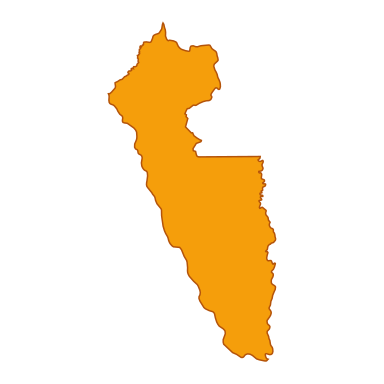 outline of Mutarara, Tete, Mozambique
{"feature_id": "85939544B58328889190937", "entity_name": "Mutarara", "entity_type": "district", "adm_level": 2, "iso_a3": "MOZ", "parent_name": "Mozambique", "parent_adm1": "Tete", "projection": "robinson", "projection_center": [35.123, -17.229], "detail": "fine", "context": "isolated", "style": "filled", "palette": "amber", "viewbox_px": 384, "rotation_deg": 0, "n_neighbors": 0, "source": "geoboundaries", "source_scale": "gbopen_adm2", "svg_char_len": 5982}
<svg xmlns="http://www.w3.org/2000/svg" viewBox="0 0 384 384"><path d="M268.1,359.2L267.2,358.9L266.6,358.5L265.8,357.2L265.3,354.9L265.4,354.1L265.7,353.8L266.6,353.7L269.5,354.6L270.9,354.5L271.9,353.9L272.4,353.3L272.9,351.4L272.7,348.9L272.3,347.5L270.7,345.2L270.4,344.0L269.8,340.4L269.0,338.6L268.6,336.4L267.2,333.2L267.1,331.8L267.3,331.2L269.4,328.9L269.8,327.6L269.9,326.6L269.4,325.6L268.0,324.4L267.3,323.3L267.0,321.1L267.2,320.3L269.7,316.8L270.6,315.2L271.1,313.6L271.2,312.6L271.0,311.6L270.5,310.6L269.3,309.0L269.1,308.5L269.2,307.5L270.4,305.1L270.9,301.3L272.1,298.5L272.7,295.3L274.2,291.6L275.2,289.5L275.5,287.2L275.4,286.6L274.7,285.8L272.4,284.3L271.6,283.4L271.3,282.3L271.3,281.1L271.3,280.1L271.6,279.2L272.9,276.8L273.3,275.0L273.1,273.8L271.5,272.2L271.6,271.3L271.9,270.8L273.4,269.3L274.5,266.8L275.3,263.9L275.3,263.4L274.7,263.1L274.1,263.3L273.4,264.1L272.8,264.0L272.3,263.2L271.5,261.2L271.0,260.6L270.1,260.5L268.5,260.8L268.0,260.7L267.2,260.0L266.8,259.1L266.7,257.7L267.2,255.1L267.9,252.8L267.9,252.4L267.3,251.7L266.0,251.7L265.7,251.2L267.2,249.6L267.4,249.1L267.8,246.6L268.3,245.6L269.5,244.4L270.5,244.1L271.2,243.2L273.2,242.6L273.7,242.3L274.5,241.2L275.0,240.8L275.5,239.9L275.6,238.7L275.0,236.5L274.9,235.1L274.4,233.2L273.4,231.9L273.3,229.6L272.6,228.6L271.8,228.5L270.8,227.9L270.0,226.9L269.4,225.7L269.3,224.2L270.1,222.2L268.5,220.2L268.0,217.4L265.9,214.7L265.7,213.8L265.7,212.5L266.2,210.9L266.0,210.3L262.4,207.3L261.4,207.5L260.4,208.2L259.8,208.3L259.4,207.6L259.7,206.1L260.5,204.2L260.5,203.5L260.3,202.8L259.2,201.6L259.0,200.8L259.1,200.6L259.5,200.4L261.1,200.1L261.7,199.7L261.6,199.2L260.4,197.6L260.4,196.9L260.6,196.6L261.0,196.5L262.8,196.4L262.9,196.0L262.6,195.4L260.6,194.9L260.2,194.7L259.9,193.6L260.2,193.1L261.7,192.9L261.9,192.7L261.8,192.1L261.2,191.3L261.3,190.9L262.3,190.5L262.7,190.1L262.5,188.3L262.7,187.3L264.8,186.2L265.3,185.8L265.6,184.9L265.6,184.2L265.2,183.9L263.2,183.8L262.8,183.4L262.7,182.9L264.1,181.7L264.5,181.1L264.4,180.2L264.0,179.7L262.5,179.2L261.6,178.7L261.3,178.1L261.7,174.5L261.4,173.5L260.7,172.8L259.3,172.9L258.7,172.1L258.8,171.4L261.0,171.0L261.8,170.6L262.4,170.0L262.9,168.9L263.0,168.1L262.1,165.8L262.0,164.6L263.1,162.2L263.2,161.1L262.7,160.4L262.4,160.4L260.8,161.3L259.7,161.4L259.0,161.2L258.2,160.4L258.1,159.8L259.6,158.7L260.0,158.0L260.2,156.5L198.8,156.9L197.7,156.6L196.8,155.9L196.2,154.1L195.6,151.4L193.3,150.7L193.0,148.7L196.3,143.4L200.7,141.8L201.3,141.0L201.4,140.4L199.7,139.7L196.8,137.9L193.9,135.7L192.6,132.8L191.3,132.9L185.5,126.9L187.8,118.5L186.1,116.7L186.4,114.8L184.9,113.8L186.3,110.4L187.2,108.8L187.9,108.5L188.9,108.5L189.7,108.0L193.2,105.2L194.6,105.2L195.1,105.4L196.2,105.2L199.3,103.3L203.2,101.6L206.2,100.8L209.0,100.6L210.5,99.8L211.0,99.2L211.8,97.4L211.7,96.4L211.0,95.6L211.0,94.4L211.8,92.8L214.6,88.9L215.5,88.0L216.1,87.8L217.1,88.1L218.3,89.3L219.0,89.4L219.5,89.2L219.8,88.8L220.4,86.7L220.3,84.1L220.0,82.4L219.1,80.0L217.8,77.3L217.1,74.3L216.2,72.2L214.9,69.9L213.8,66.4L213.9,65.2L214.4,64.0L217.5,61.1L218.1,60.1L217.8,57.9L217.1,55.7L216.7,53.3L216.2,52.0L215.5,51.2L213.3,49.7L211.9,48.6L210.2,45.7L209.9,45.3L208.9,45.0L202.1,45.6L200.2,45.9L197.5,46.8L195.7,46.7L193.2,45.8L191.5,46.0L190.8,46.3L190.2,47.5L189.7,50.8L189.5,51.1L188.7,51.3L185.5,50.7L181.4,49.3L179.8,48.1L178.9,47.1L178.1,46.0L176.6,42.6L175.8,41.9L173.5,40.9L169.6,40.2L168.2,40.7L167.0,39.7L166.6,39.0L165.5,36.1L165.6,32.5L165.3,29.9L164.5,27.5L163.8,24.3L163.0,23.0L162.5,24.2L161.7,29.0L159.8,32.0L159.1,33.0L158.4,33.5L155.3,34.5L153.6,35.5L153.0,36.5L152.5,38.4L151.2,41.6L150.5,42.2L149.7,42.4L146.4,41.9L144.0,42.1L143.5,42.9L143.5,44.3L143.3,44.9L142.5,45.0L142.3,45.2L141.4,46.9L141.1,46.9L140.6,46.0L140.2,46.2L139.9,47.2L140.6,48.0L140.6,48.3L140.4,48.7L139.4,49.3L139.3,50.3L139.6,51.8L139.1,52.0L139.0,52.3L139.5,53.0L139.6,53.7L139.1,54.2L138.7,54.3L138.5,55.2L137.4,55.5L137.8,57.0L137.5,58.0L138.3,58.9L138.1,61.4L138.7,62.4L138.4,62.9L137.8,63.3L137.2,64.1L136.9,64.8L136.9,65.4L136.5,66.1L135.2,66.7L133.7,66.7L133.0,67.8L133.4,68.7L132.0,68.4L131.4,68.5L131.1,69.1L131.5,69.6L131.6,70.2L131.4,70.4L130.7,70.9L128.9,71.0L128.1,71.8L127.9,72.6L128.0,72.9L128.8,73.4L129.0,73.8L128.6,74.5L127.1,75.3L125.9,76.2L124.6,76.7L122.2,79.3L120.0,79.9L117.8,81.4L115.1,82.7L115.1,83.7L115.5,86.2L115.3,87.6L115.0,88.2L111.6,92.1L109.9,93.6L108.4,93.7L109.1,95.7L109.1,97.3L108.9,100.2L109.2,102.4L109.7,103.2L110.4,103.9L113.4,105.1L114.5,106.0L116.8,108.9L118.0,111.5L119.8,114.2L122.1,116.0L122.6,117.0L122.7,118.3L122.4,120.2L122.5,121.5L123.0,122.4L124.4,122.9L127.3,123.3L133.8,127.9L135.6,130.0L136.6,132.1L136.9,136.4L136.8,138.3L136.4,140.0L134.7,144.0L134.6,147.2L135.5,148.9L137.1,149.7L137.7,150.4L138.1,152.8L138.4,153.5L139.2,154.2L140.6,154.8L141.3,155.5L141.8,156.2L142.2,157.9L141.4,162.9L141.8,166.0L142.5,167.6L143.3,168.9L144.4,170.1L146.3,171.1L147.0,171.9L147.3,172.5L147.6,175.9L147.0,180.7L146.6,182.8L146.5,184.7L146.8,186.2L147.7,187.6L151.8,192.7L152.5,194.0L154.5,196.5L155.0,197.7L155.6,200.5L157.0,203.8L161.0,208.7L161.5,210.0L161.6,215.4L162.0,218.5L163.1,226.1L164.5,230.8L165.7,233.5L167.5,236.6L168.0,237.8L168.7,240.6L169.5,242.5L170.2,243.7L171.1,244.8L172.1,245.9L173.4,246.8L179.7,247.4L181.5,249.7L184.2,256.4L186.6,260.4L187.1,262.2L187.6,267.7L187.5,270.8L187.7,272.7L188.3,274.4L189.4,276.4L193.6,281.2L197.3,284.6L198.2,286.1L199.9,290.3L200.3,292.5L200.0,294.7L199.0,296.8L199.0,297.6L199.0,298.6L200.0,301.2L203.9,307.5L205.4,308.8L209.2,310.6L212.8,311.7L213.9,312.7L214.5,313.7L215.4,317.9L216.7,322.0L217.9,324.3L219.2,326.1L223.2,328.8L224.6,330.3L225.1,331.3L225.3,333.8L223.2,339.6L223.2,342.2L223.7,344.2L232.6,352.6L236.7,354.4L241.1,357.4L242.2,357.5L243.2,357.2L243.7,356.8L245.1,355.0L246.1,354.4L247.6,353.9L250.1,354.2L252.4,355.4L256.6,358.9L259.3,359.8L264.5,360.9L265.9,361.0L266.6,360.8L268.1,359.2Z" fill="#f59e0b" stroke="#b45309" stroke-width="1.5"/></svg>